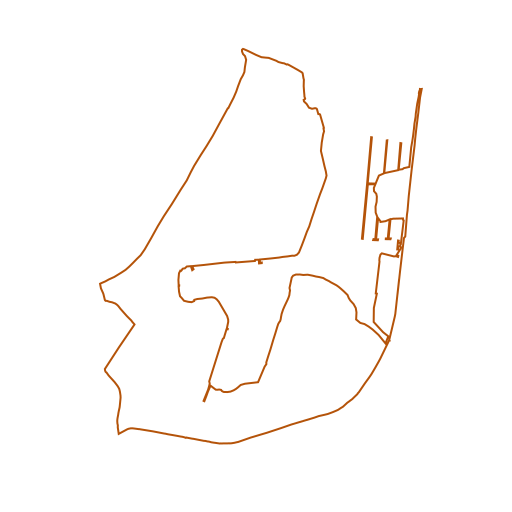 the district of Rodney Bay, Gros Islet, Saint Lucia, rotated 11°
{"feature_id": "8701671B61329229942409", "entity_name": "Rodney Bay", "entity_type": "district", "adm_level": 2, "iso_a3": "LCA", "parent_name": "Saint Lucia", "parent_adm1": "Gros Islet", "projection": "equal_earth", "projection_center": [-60.952, 14.073], "detail": "fine", "context": "isolated", "style": "outline", "palette": "amber", "viewbox_px": 512, "rotation_deg": 11, "n_neighbors": 0, "source": "geoboundaries", "source_scale": "gbopen_adm2", "svg_char_len": 6105}
<svg xmlns="http://www.w3.org/2000/svg" viewBox="0 0 512 512"><g transform="rotate(11 256 256)"><path d="M386.8,60.4L385.5,60.8L385.1,60.8L385.2,61.3L384.8,63.5L384.8,65.2L385.2,66.1L385.3,69.0L385.2,75.7L385.7,85.8L386.1,89.0L386.3,96.0L386.8,101.2L387.3,108.5L387.5,113.3L387.6,119.6L389.5,139.3L384.3,141.6L383.3,142.8L379.6,144.1L377.1,117.6L376.2,117.6L377.3,127.4L379.2,144.6L366.1,150.2L362.8,117.4L362.3,117.6L365.8,150.5L361.3,153.6L359.6,162.1L351.8,163.4L347.1,117.4L346.4,117.4L351.3,164.1L356.7,218.8L357.5,218.8L352.1,164.3L359.5,162.8L358.7,166.7L359.5,169.9L362.2,172.0L363.3,174.6L364.1,179.9L363.9,184.7L365.2,190.6L367.5,194.3L369.9,216.8L368.1,217.0L368.0,218.0L372.6,217.3L372.6,216.4L370.7,216.8L368.6,195.5L371.7,198.3L371.8,198.8L376.5,197.1L380.2,194.6L382.0,213.6L380.1,214.0L380.2,214.7L384.8,213.9L384.9,213.1L382.8,213.4L381.0,194.3L383.6,193.2L393.1,191.1L393.3,192.3L394.2,192.9L395.9,216.9L395.5,217.1L395.2,215.8L393.4,215.7L393.2,213.7L392.5,213.7L393.4,222.6L394.1,222.5L393.8,219.5L395.8,218.7L396.5,219.7L396.5,221.4L393.9,228.1L395.7,228.7L395.6,229.8L393.6,229.5L391.4,230.1L379.0,229.4L377.9,230.9L377.6,234.3L377.9,236.8L378.3,237.9L380.7,269.9L381.8,269.9L381.6,284.5L384.1,298.3L395.2,306.5L401.2,309.6L399.8,317.1L391.4,310.1L384.5,305.9L380.1,303.8L375.5,302.1L371.2,301.8L366.4,299.2L365.4,292.2L363.9,288.1L361.0,284.6L357.1,281.7L355.1,279.6L353.3,276.8L348.9,273.9L345.7,272.0L343.0,270.5L340.6,269.4L334.4,267.5L332.4,266.7L328.9,265.8L326.3,264.8L322.0,264.6L318.8,264.7L315.4,264.5L310.5,264.5L309.1,264.8L306.1,265.6L302.5,265.8L298.7,266.6L296.2,268.2L295.2,270.3L295.0,281.0L296.0,283.4L296.0,285.3L296.2,288.1L295.9,290.4L295.4,292.8L293.6,299.8L292.8,303.4L292.2,308.0L292.2,311.3L292.3,313.3L292.1,315.3L291.5,316.4L290.8,318.4L290.4,321.5L289.7,328.5L288.9,335.4L288.0,344.9L287.1,352.2L286.4,358.5L286.8,360.2L285.6,362.9L282.1,379.5L269.5,383.5L265.6,385.5L263.2,388.6L261.7,390.3L259.7,392.1L256.8,394.0L253.9,395.0L251.1,395.5L250.0,395.6L248.2,395.0L247.3,394.1L245.3,394.1L243.9,394.6L242.0,394.9L236.2,392.0L235.7,393.7L234.7,398.2L234.0,402.8L233.0,408.4L232.2,408.2L234.5,396.3L234.8,392.7L234.9,390.0L234.0,388.0L238.6,347.3L239.2,343.8L239.6,343.1L240.1,342.7L241.0,333.7L242.2,333.4L242.2,332.9L241.2,332.7L241.3,326.0L240.8,323.7L239.1,320.4L228.2,308.0L225.7,306.0L223.3,304.9L220.5,304.9L215.8,306.2L211.4,308.0L206.6,309.4L203.8,310.8L203.9,312.0L201.6,313.6L198.2,313.9L193.9,313.7L191.1,311.4L189.1,310.0L187.3,305.8L185.8,300.5L186.3,300.1L186.2,299.3L185.6,299.2L184.4,294.3L183.7,287.6L184.5,284.8L185.2,285.0L185.7,284.3L186.4,282.5L187.5,282.0L188.5,281.7L190.1,279.5L194.0,278.4L196.1,282.1L197.2,280.9L195.3,278.1L206.7,274.7L226.3,268.5L237.1,265.7L237.4,266.2L255.9,261.1L255.9,259.9L259.5,259.1L260.4,262.7L263.0,261.9L262.9,261.3L261.1,261.8L260.5,258.7L271.3,255.5L279.0,253.1L282.4,251.8L287.0,250.4L291.4,248.8L293.7,248.4L295.9,247.0L297.5,244.4L298.9,237.2L300.2,229.6L301.3,222.6L302.6,216.9L303.5,208.9L304.5,201.8L305.6,193.0L307.1,182.9L308.2,176.8L309.7,166.6L309.9,163.6L308.4,159.6L306.1,154.8L302.7,147.1L299.7,140.5L298.9,132.1L298.7,123.8L299.0,120.6L298.0,118.1L297.7,117.1L297.4,117.0L298.0,116.9L291.9,104.9L291.4,104.6L290.1,104.8L287.8,100.2L287.2,99.7L285.8,99.6L282.9,100.8L279.7,100.3L276.7,97.1L273.6,95.1L273.0,93.6L274.0,92.8L274.2,92.1L273.1,90.2L272.9,89.2L271.9,85.8L270.4,80.2L269.6,75.4L269.4,73.9L268.7,72.5L266.9,67.7L266.0,67.0L261.9,65.5L252.5,62.4L250.4,61.8L249.6,62.2L246.8,61.5L245.3,61.6L241.0,61.3L238.7,60.5L234.1,59.7L230.7,59.1L226.9,59.5L223.4,59.8L217.7,58.6L211.8,57.0L208.8,56.2L204.7,55.3L203.7,55.2L202.9,56.2L203.2,57.8L204.7,60.2L207.1,61.9L208.9,65.3L209.0,69.2L209.1,72.9L209.5,77.6L208.7,81.2L207.3,85.3L206.0,92.7L205.2,98.5L203.8,104.9L201.8,111.8L200.6,116.2L200.1,116.4L194.8,133.0L190.6,146.4L186.5,157.5L182.6,167.2L178.1,179.2L176.0,186.1L173.6,195.0L169.4,205.4L163.5,221.0L157.9,234.6L153.9,245.5L149.6,258.8L145.5,270.7L142.6,277.3L139.8,281.3L136.4,286.5L133.6,290.6L130.6,294.5L127.1,297.9L120.9,303.6L116.0,307.1L112.9,309.7L109.1,312.3L108.2,313.0L109.7,316.7L110.0,317.4L113.1,321.8L113.6,322.7L115.9,327.7L116.1,328.1L116.9,328.7L117.3,328.6L118.3,328.5L120.9,328.9L123.5,328.9L127.0,329.5L128.9,330.4L130.4,331.4L133.0,333.7L136.5,336.4L140.7,339.6L142.9,341.1L145.0,342.5L145.9,343.1L146.9,344.1L148.3,345.2L149.5,346.1L149.8,346.4L138.9,371.8L129.2,395.8L129.4,396.2L129.6,396.9L129.8,397.4L130.4,398.3L131.1,398.8L131.5,398.9L133.9,401.2L135.3,402.3L141.2,406.7L143.8,409.0L145.2,410.3L147.0,412.4L147.8,414.0L148.4,415.4L149.6,418.8L150.1,420.9L150.3,422.9L150.9,429.2L151.0,430.7L150.9,434.1L150.9,436.5L151.0,438.2L151.0,441.4L151.1,443.0L151.3,444.5L151.9,446.8L152.7,448.6L152.8,449.5L153.0,450.2L153.0,450.6L155.2,456.8L161.4,451.7L162.5,450.8L163.7,450.0L164.4,449.7L166.1,449.0L167.7,448.7L170.8,448.5L174.2,448.3L174.6,448.2L175.8,448.2L188.3,447.8L191.7,447.8L200.1,447.8L200.4,447.7L203.8,447.8L207.6,447.7L213.2,447.6L213.9,447.6L217.2,447.6L217.6,447.5L219.9,447.6L221.8,447.9L222.1,447.5L224.4,447.5L225.2,447.5L228.4,447.5L228.8,447.4L231.5,447.4L232.1,447.4L240.0,447.4L241.7,447.2L243.8,447.3L244.6,447.2L245.8,447.2L246.9,447.3L247.4,447.4L250.1,447.3L251.4,447.2L256.2,447.0L257.2,446.7L258.6,446.5L259.2,446.3L264.1,445.3L264.8,445.1L265.3,445.1L265.8,444.9L266.2,444.9L267.7,444.5L270.4,443.5L273.3,442.2L273.7,442.1L285.7,435.1L287.1,434.4L294.7,430.4L300.3,427.5L313.7,420.0L322.8,414.7L341.0,405.2L344.2,403.5L348.1,401.2L354.0,398.6L356.6,397.4L361.2,394.6L364.6,392.3L366.0,391.3L368.2,389.1L370.1,387.4L373.7,382.5L374.8,381.4L376.3,379.7L377.8,378.1L378.8,376.6L381.9,372.2L382.1,371.4L382.9,370.2L387.2,360.2L390.6,352.9L391.8,350.1L392.7,347.6L394.5,342.5L396.6,336.2L397.6,333.0L402.7,313.7L403.2,313.5L402.8,313.0L403.3,301.4L403.8,289.0L403.8,286.4L400.9,251.3L402.2,266.6L400.3,243.3L398.5,219.6L398.0,212.5L397.8,210.1L398.8,208.4L396.3,186.7L396.1,182.6L394.5,167.9L392.4,142.6L390.6,117.5L389.9,110.6L389.1,100.9L388.0,84.4L386.8,69.0L386.8,60.4Z" fill="none" stroke="#b45309" stroke-width="2"/></g></svg>